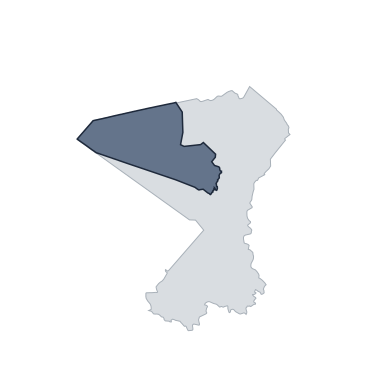 Tombouctou, Timbuktu, Mali shown in context, rotated 311°
{"feature_id": "8926073B54989133575544", "entity_name": "Tombouctou", "entity_type": "district", "adm_level": 2, "iso_a3": "MLI", "parent_name": "Mali", "parent_adm1": "Timbuktu", "projection": "robinson", "projection_center": [-3.022, 20.751], "detail": "fine", "context": "in_parent", "style": "filled", "palette": "slate", "viewbox_px": 384, "rotation_deg": 311, "n_neighbors": 0, "source": "geoboundaries", "source_scale": "gbopen_adm2", "svg_char_len": 6249}
<svg xmlns="http://www.w3.org/2000/svg" viewBox="0 0 384 384"><g transform="rotate(311 192 192)"><path d="M86.5,276.4L86.7,275.2L85.7,274.4L85.7,273.9L86.2,270.4L86.2,269.5L86.6,267.7L86.0,266.9L85.8,266.3L84.4,263.9L83.9,262.0L83.2,260.7L81.4,260.3L80.7,261.4L80.3,261.6L79.7,260.8L79.4,260.1L79.5,259.5L77.2,256.4L77.4,254.7L78.2,253.8L78.6,252.4L77.7,250.8L77.9,249.2L77.8,247.0L76.5,245.1L75.6,244.2L74.8,242.9L75.4,239.8L74.1,237.1L76.6,238.2L77.8,237.2L79.0,235.9L80.0,234.1L80.4,231.9L80.7,230.0L81.7,227.1L82.9,225.7L85.4,223.6L86.1,223.8L90.1,228.2L92.4,230.4L93.2,231.6L94.0,231.6L95.1,229.4L96.4,227.6L96.9,227.1L100.9,226.9L103.1,227.2L105.0,227.8L107.6,227.9L114.7,226.5L114.8,225.7L114.7,224.6L115.0,223.8L115.6,223.1L116.1,223.0L116.3,225.4L116.9,225.8L118.6,225.9L170.9,225.9L173.1,213.1L169.3,208.4L156.3,70.7L181.2,70.7L185.5,73.8L265.5,134.3L265.9,136.3L265.8,138.9L266.4,139.8L267.6,140.6L272.1,143.2L272.5,143.7L272.6,144.8L273.2,146.1L274.2,146.9L275.3,147.5L276.7,147.9L280.8,148.3L281.7,148.9L283.4,151.3L284.4,151.7L290.0,153.0L291.8,153.7L293.7,154.8L294.8,155.7L294.8,159.5L295.6,161.9L295.6,162.6L294.7,163.6L294.5,164.3L293.5,166.2L293.7,167.0L295.6,168.4L296.6,168.8L297.7,168.8L309.4,166.3L309.9,201.4L309.4,201.9L309.2,208.2L308.4,211.8L306.9,214.5L305.9,218.6L305.4,219.4L305.0,221.7L304.1,223.0L302.6,223.5L299.9,226.1L299.7,228.2L293.4,227.0L292.9,227.1L292.7,227.4L292.5,228.5L276.2,229.1L268.2,229.6L263.2,234.3L260.0,234.8L255.9,234.4L253.8,234.4L252.9,234.6L252.8,235.5L246.3,233.1L243.9,233.8L243.5,233.6L243.2,233.1L242.0,232.8L240.1,232.9L238.8,233.2L234.7,237.0L232.5,237.9L228.3,240.1L225.5,242.1L224.4,242.4L222.8,242.5L221.5,242.9L220.3,247.2L219.5,247.6L214.6,245.9L213.6,246.1L212.7,246.7L210.0,249.2L208.6,251.2L207.9,253.9L208.0,255.6L207.5,256.1L206.2,256.3L204.0,255.7L203.2,256.0L202.9,257.3L203.0,260.2L202.5,262.1L201.1,262.7L200.1,263.5L199.2,263.7L198.6,263.5L194.6,260.6L193.2,260.1L191.7,260.5L190.3,261.7L187.8,264.8L188.0,265.9L188.7,267.1L189.2,268.7L189.2,270.1L185.6,272.1L186.4,273.6L186.3,277.5L184.6,279.4L184.0,280.5L182.4,281.8L181.0,282.5L176.6,283.6L174.8,284.9L174.0,285.9L173.8,287.0L173.9,288.2L174.8,290.9L174.5,293.3L173.8,296.0L173.1,297.3L171.0,298.7L171.4,300.5L171.5,303.1L171.2,306.5L170.6,308.8L170.1,308.6L168.1,308.7L165.9,309.4L165.2,309.9L165.0,310.7L163.2,312.6L162.0,312.4L160.9,312.0L160.3,311.5L160.2,311.2L160.9,309.7L161.0,309.2L160.3,306.6L160.4,306.0L160.1,304.0L160.0,303.9L157.6,304.8L157.5,305.1L157.9,306.4L157.6,306.6L156.8,306.6L155.6,306.2L154.3,305.0L154.0,305.4L153.9,306.3L153.8,307.4L154.1,309.3L153.7,310.0L151.7,309.9L150.1,310.2L149.6,310.8L149.4,311.6L149.8,312.5L149.8,312.9L149.1,313.4L148.8,313.4L147.8,312.4L144.1,311.5L143.8,310.2L143.4,310.2L142.2,308.6L141.7,308.6L141.3,308.9L139.8,308.8L138.6,310.2L137.6,311.9L136.6,312.7L135.1,313.1L135.3,312.0L134.9,310.5L131.7,308.6L131.2,307.8L130.3,303.5L130.4,302.2L130.6,301.1L130.5,300.2L130.2,299.6L129.2,298.9L128.2,298.6L126.9,299.5L126.3,299.6L125.7,299.6L125.5,299.2L125.5,298.8L126.9,296.5L127.6,295.5L128.9,294.4L129.3,293.9L129.3,293.4L129.2,293.1L128.3,292.7L126.9,291.6L126.1,291.5L125.5,291.0L124.9,289.3L124.6,289.0L123.9,288.8L123.3,288.4L123.4,284.3L122.0,281.3L120.8,277.4L120.2,276.5L119.1,275.7L117.7,275.2L116.5,275.0L115.1,275.5L115.2,275.8L115.9,277.1L116.0,277.8L115.9,278.4L115.7,278.9L113.8,279.3L111.3,280.7L110.5,282.4L110.0,282.6L109.0,282.4L102.5,279.6L99.8,280.8L98.0,283.2L97.5,284.0L96.7,284.7L96.2,284.7L95.8,284.2L93.9,280.6L93.1,279.7L92.0,279.7L91.2,280.3L90.2,281.5L89.1,282.7L88.3,283.0L87.7,282.8L85.0,280.3L84.9,279.8L86.1,276.9L86.5,276.4Z" fill="#d9dde1" stroke="#a8b0b8" stroke-width="1"/><path d="M236.8,168.1L233.4,167.4L221.2,156.1L220.2,152.3L231.0,146.0L236.7,140.7L245.9,132.2L249.0,121.1L248.9,121.1L248.4,120.7L248.0,120.4L247.8,120.2L247.0,119.7L246.9,119.6L245.3,118.4L244.9,118.0L244.5,117.7L244.3,117.6L243.9,117.3L243.8,117.2L242.0,115.8L238.0,112.8L235.0,110.5L232.9,108.9L229.0,106.0L227.5,104.8L225.6,103.4L225.1,103.0L224.8,102.8L224.7,102.8L224.4,102.5L223.8,102.1L223.5,101.9L223.4,101.8L221.0,100.0L217.8,97.6L217.7,97.5L217.2,97.2L216.8,96.9L216.7,96.8L216.3,96.5L215.3,95.8L215.2,95.6L214.8,95.4L214.7,95.3L214.4,95.1L214.2,94.9L213.5,94.4L213.0,94.1L212.6,93.8L212.1,93.4L211.4,92.9L211.2,92.7L210.4,92.2L209.0,91.1L207.9,90.3L206.7,89.5L206.5,89.3L206.4,89.2L205.1,88.3L203.7,87.3L203.7,87.2L203.2,86.8L201.9,85.9L200.4,84.8L199.8,84.3L199.7,84.3L198.5,83.4L194.3,80.4L194.0,80.2L192.7,79.3L192.5,79.1L187.8,75.7L184.5,73.2L183.5,72.5L181.8,71.2L181.5,71.0L181.0,70.6L180.9,70.6L178.7,70.6L175.3,70.6L174.7,70.6L170.2,70.6L164.5,70.6L160.5,70.6L158.1,70.6L156.7,70.6L156.6,70.8L156.6,71.0L156.7,71.7L157.0,75.1L157.6,80.8L157.9,84.2L158.1,87.0L158.2,87.9L158.3,89.2L158.4,89.9L158.4,90.1L158.5,90.3L158.6,91.3L158.6,91.6L158.6,92.0L158.7,92.6L158.7,92.8L158.8,93.3L158.8,93.9L158.9,94.1L171.7,125.8L176.4,137.2L190.6,171.9L197.5,191.2L197.6,193.0L197.8,194.8L198.1,195.9L199.6,197.0L201.4,198.6L201.6,203.3L201.7,204.7L201.8,205.1L202.0,205.5L202.1,205.9L202.2,206.4L202.1,206.8L202.0,207.1L202.0,207.3L202.2,207.6L202.5,207.5L202.9,207.7L203.3,207.7L203.6,207.6L203.9,207.6L204.1,207.5L204.3,207.4L204.5,207.4L205.2,207.5L205.5,207.7L205.7,207.4L205.8,207.2L206.0,207.1L206.4,207.0L206.6,207.0L206.7,207.3L206.8,207.3L207.0,207.2L207.3,207.0L207.5,206.9L207.8,207.0L208.0,207.2L208.1,207.3L208.3,207.2L208.4,206.9L208.5,206.8L208.7,206.7L208.8,206.6L209.0,206.6L209.3,206.6L209.5,206.5L209.5,206.4L209.4,206.3L209.4,206.2L209.5,206.2L209.7,206.3L209.9,206.3L209.9,206.2L210.0,206.1L210.0,206.4L209.4,207.7L209.2,208.2L209.1,208.8L209.2,209.3L209.8,209.5L211.4,208.8L212.6,207.6L212.4,207.1L212.4,206.8L213.0,206.3L213.5,205.7L214.2,204.6L214.5,204.5L214.8,204.6L215.0,204.5L215.5,204.3L215.9,204.2L216.2,204.3L216.7,204.3L217.1,204.2L217.6,204.0L217.7,203.5L218.0,203.3L218.3,203.5L218.8,203.4L219.9,203.4L220.6,203.3L222.2,201.7L222.4,201.5L223.3,201.3L224.0,201.1L225.2,201.2L225.5,201.5L225.8,201.6L226.2,201.4L226.5,200.7L227.0,200.6L226.6,199.3L227.1,198.3L228.3,197.1L228.6,195.8L228.2,194.8L226.8,191.6L227.8,187.0L233.5,186.8L236.0,185.0L236.8,168.1Z" fill="#64748b" stroke="#1e293b" stroke-width="1.5"/></g></svg>